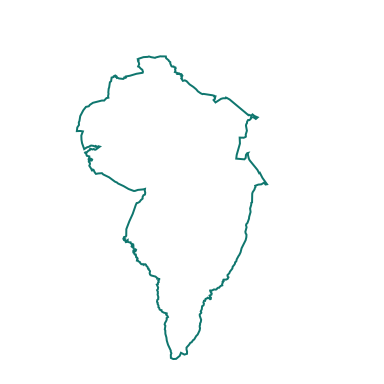 the district of Tuta, Boyacá, Colombia, rotated 64°
{"feature_id": "7082276B48364833791796", "entity_name": "Tuta", "entity_type": "district", "adm_level": 2, "iso_a3": "COL", "parent_name": "Colombia", "parent_adm1": "Boyacá", "projection": "orthographic", "projection_center": [-73.179, 5.679], "detail": "fine", "context": "isolated", "style": "outline", "palette": "teal", "viewbox_px": 384, "rotation_deg": 64, "n_neighbors": 0, "source": "geoboundaries", "source_scale": "gbopen_adm2", "svg_char_len": 6047}
<svg xmlns="http://www.w3.org/2000/svg" viewBox="0 0 384 384"><g transform="rotate(64 192 192)"><path d="M133.6,270.4L134.2,268.2L135.6,264.7L137.3,264.1L142.4,260.1L149.1,256.6L150.4,255.4L152.0,254.7L156.7,250.9L161.5,247.7L165.5,243.9L166.0,242.9L166.4,239.7L168.3,234.6L168.6,232.9L169.9,233.8L172.0,234.3L173.3,235.1L173.7,235.5L173.6,237.0L174.8,238.6L176.3,239.3L176.9,241.6L177.9,243.5L178.0,245.6L177.7,246.6L179.0,248.2L185.7,254.9L190.8,261.1L196.6,267.3L202.5,270.3L203.1,271.4L202.7,272.7L203.8,274.0L204.7,273.1L205.1,274.2L205.4,274.2L205.7,273.4L206.2,273.0L207.2,273.5L208.1,273.4L208.2,272.9L207.1,271.6L207.0,270.9L208.6,271.7L210.1,270.0L210.3,269.3L211.4,269.5L212.0,268.9L213.2,269.1L213.3,268.5L213.0,268.1L213.3,267.8L214.6,268.2L214.2,269.9L214.5,270.2L215.8,269.6L216.1,268.9L217.5,269.2L218.5,269.0L218.7,267.9L219.5,267.6L220.4,268.7L220.1,269.3L219.8,269.2L219.5,269.6L219.6,270.3L219.3,270.6L219.6,270.8L220.4,271.1L220.6,270.5L220.9,270.3L221.6,270.9L222.9,270.9L223.3,270.7L223.3,270.1L223.5,269.9L226.2,270.8L226.9,270.1L227.7,270.4L228.0,270.1L228.9,270.7L228.8,271.1L229.5,271.6L230.3,270.6L230.9,270.6L232.0,269.6L232.9,269.7L234.6,269.2L235.3,268.3L235.3,267.7L236.3,267.3L236.0,266.8L236.5,265.6L237.1,265.3L238.4,265.4L239.7,264.8L241.6,265.1L241.9,264.6L242.9,264.9L244.0,264.5L244.9,264.5L246.3,265.6L247.8,265.9L249.1,265.3L252.0,261.9L253.9,261.1L254.6,261.3L254.8,260.6L255.3,260.5L255.8,259.6L256.4,259.9L257.0,261.3L258.3,261.3L258.7,262.4L259.9,263.1L259.8,264.2L263.0,264.3L264.5,265.4L264.9,266.4L266.8,266.4L267.8,267.1L268.4,267.2L269.1,267.9L271.8,268.3L272.4,268.9L273.4,269.2L273.8,270.5L275.4,271.6L276.8,271.4L277.4,272.0L279.3,271.9L280.9,272.7L281.7,272.3L283.4,272.6L284.3,272.1L284.8,271.2L285.9,271.5L286.6,271.3L288.2,270.1L290.0,267.9L290.4,268.1L290.3,268.8L290.9,269.0L292.8,268.4L293.9,268.4L294.2,270.1L295.5,270.6L296.4,271.5L298.0,273.8L299.1,274.7L300.6,274.6L303.6,276.7L304.7,276.7L307.8,278.1L311.6,278.8L314.5,279.8L318.7,280.5L325.2,280.6L326.2,281.1L327.9,281.2L329.0,282.4L331.9,283.7L333.9,282.1L335.0,279.4L333.9,274.9L331.7,272.4L334.8,270.1L335.2,267.4L333.3,266.4L331.2,266.0L329.4,265.1L328.0,261.6L326.8,259.6L326.9,258.3L325.6,255.9L325.5,254.7L323.3,251.4L322.6,249.4L319.7,245.8L317.8,244.4L316.8,244.3L315.6,243.7L315.0,243.0L313.7,242.4L312.7,241.1L310.9,239.8L306.7,239.3L305.4,238.7L304.7,236.7L304.2,236.4L303.1,236.5L301.7,234.6L299.1,233.0L299.0,231.6L298.7,231.1L297.5,230.2L296.4,230.2L295.0,228.9L295.0,228.5L295.5,227.9L294.0,226.6L294.2,225.7L293.9,224.3L294.5,224.0L294.8,223.2L296.3,222.7L296.4,222.1L295.3,221.3L293.7,221.7L292.8,221.6L292.8,219.5L291.7,218.7L290.7,219.2L289.5,218.5L288.1,219.5L289.3,217.1L289.2,215.0L290.2,213.3L290.2,212.5L289.7,211.7L289.5,210.6L289.9,209.4L289.4,208.7L289.0,207.3L289.2,205.7L288.1,205.4L286.8,203.9L286.2,204.0L285.9,203.5L286.2,203.1L286.1,202.7L284.9,202.5L284.6,202.1L285.7,199.7L285.7,198.1L284.6,196.6L283.7,197.0L282.3,196.6L281.3,194.0L280.2,192.8L278.5,189.3L277.0,188.2L275.8,185.6L275.1,184.7L274.1,184.1L273.8,182.7L272.1,181.3L269.7,177.9L269.4,177.2L267.5,174.8L264.3,172.1L258.8,164.9L256.5,163.0L255.1,162.2L254.0,161.7L252.9,161.9L251.2,161.5L247.6,158.4L245.5,158.0L244.6,157.1L244.1,155.7L240.9,152.4L239.5,151.6L235.6,148.1L232.3,147.0L229.6,144.5L227.7,143.4L227.7,142.6L219.9,138.6L218.8,137.6L217.1,134.7L216.0,133.8L215.3,132.7L214.1,132.5L214.4,129.2L215.5,126.3L215.2,123.2L217.5,122.6L217.9,121.2L210.2,122.5L204.4,122.6L204.5,123.4L200.8,123.5L188.8,126.3L186.9,126.3L183.7,125.6L181.8,124.9L181.5,124.4L181.3,125.3L182.0,126.7L182.4,127.3L184.9,128.8L185.6,130.6L181.4,137.6L178.3,135.6L169.5,127.7L164.0,125.3L165.9,121.7L166.0,119.6L165.8,119.3L163.9,118.5L161.0,115.8L156.0,114.4L154.9,113.6L154.3,112.5L152.9,111.6L151.9,110.0L152.5,109.1L152.3,107.9L151.8,106.8L151.1,106.5L150.6,106.0L152.1,103.8L154.3,102.6L153.7,100.3L151.0,102.6L148.8,103.6L149.3,105.0L148.0,106.8L147.6,107.0L147.7,107.6L125.4,117.6L122.5,119.6L122.0,120.2L122.5,120.6L121.4,122.9L121.0,125.0L121.8,131.6L118.8,132.3L118.3,130.5L116.9,130.1L117.2,129.8L116.3,129.0L115.6,130.1L115.2,129.9L114.1,131.1L108.9,138.6L108.6,139.7L107.1,140.9L104.1,142.6L101.6,143.2L98.2,144.7L94.2,147.0L90.0,148.3L88.5,149.5L88.1,151.5L85.2,151.8L85.1,151.1L84.5,151.1L84.0,150.6L83.0,150.9L83.1,149.7L81.8,149.8L81.2,150.1L80.2,152.1L80.1,151.4L79.8,151.5L79.2,152.4L79.2,153.4L78.3,153.3L76.7,154.8L75.8,153.8L74.2,153.4L73.8,152.5L72.8,152.3L72.0,153.3L71.1,153.5L70.6,154.9L69.9,155.3L67.0,155.2L65.8,154.6L64.2,155.3L63.3,155.3L60.4,156.6L58.7,156.1L56.1,161.2L55.2,165.4L55.2,166.4L52.9,169.6L51.3,171.3L51.2,172.4L49.5,176.5L48.8,181.7L48.8,182.5L50.1,182.4L50.2,182.8L50.8,182.7L51.2,183.2L52.0,183.0L53.9,183.4L55.6,185.4L56.5,184.6L58.6,184.0L60.3,183.1L62.5,183.4L63.2,184.1L61.4,190.1L60.3,196.8L59.1,201.0L59.3,201.2L60.0,200.9L60.2,201.1L60.2,201.9L59.4,202.7L60.2,203.7L60.2,204.3L57.9,207.9L56.7,208.8L56.6,209.5L56.0,209.5L55.6,209.8L55.3,209.5L55.1,209.7L54.9,209.2L53.9,209.7L54.1,210.2L53.6,210.6L53.7,211.7L54.3,212.2L53.9,214.1L56.9,216.1L57.4,217.7L61.8,220.7L62.6,221.6L65.9,223.6L67.2,224.0L69.0,225.4L70.6,225.8L70.1,227.7L71.3,230.9L70.3,232.8L68.4,241.9L68.9,245.6L69.7,247.2L69.0,250.0L70.9,253.9L74.8,259.2L78.8,262.0L79.8,263.2L82.2,264.2L83.7,266.8L86.8,268.8L88.2,265.6L89.7,263.5L92.7,266.7L96.5,268.4L99.9,269.4L106.2,270.1L105.8,267.0L106.2,264.2L105.9,263.2L106.1,262.2L107.3,260.4L108.3,259.6L108.3,258.4L108.7,258.2L109.2,258.4L109.3,257.9L110.2,257.7L109.8,256.1L110.8,255.0L111.7,260.1L111.2,261.0L110.3,261.4L110.1,262.9L108.7,264.2L108.6,264.6L108.7,264.9L109.6,265.6L109.4,266.9L110.1,268.8L109.6,270.5L109.8,270.9L111.5,270.2L112.3,270.6L113.4,270.6L115.0,268.7L115.9,269.1L117.2,270.6L118.3,270.7L118.3,269.4L117.8,268.3L119.0,267.5L119.7,268.2L119.6,269.0L118.9,270.4L119.1,271.3L119.7,271.5L121.4,271.1L122.3,271.6L123.4,272.8L127.1,272.4L128.8,272.5L129.0,271.9L128.4,271.3L128.9,270.8L131.8,270.8L133.6,270.4Z" fill="none" stroke="#0f766e" stroke-width="2"/></g></svg>